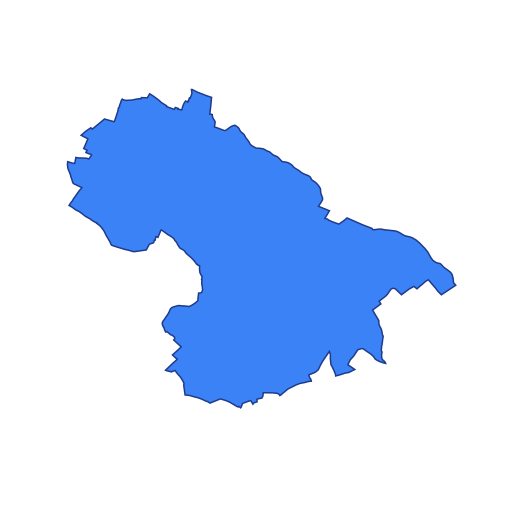 Craiesti, Mures, Romania, rotated 10°
{"feature_id": "2599482B4139853337190", "entity_name": "Craiesti", "entity_type": "district", "adm_level": 2, "iso_a3": "ROU", "parent_name": "Romania", "parent_adm1": "Mures", "projection": "equal_earth", "projection_center": [24.443, 46.747], "detail": "fine", "context": "isolated", "style": "filled", "palette": "blue", "viewbox_px": 512, "rotation_deg": 10, "n_neighbors": 0, "source": "geoboundaries", "source_scale": "gbopen_adm2", "svg_char_len": 6105}
<svg xmlns="http://www.w3.org/2000/svg" viewBox="0 0 512 512"><g transform="rotate(10 256 256)"><path d="M457.8,250.1L455.7,248.4L455.1,247.8L453.8,243.1L453.2,242.3L453.0,241.4L452.1,239.9L450.5,238.3L447.5,236.7L443.7,234.9L442.2,234.0L439.8,232.1L438.4,231.4L435.8,231.4L434.7,231.2L433.4,230.7L430.9,229.6L429.3,228.0L428.5,227.2L424.4,222.2L421.1,219.3L415.0,214.9L411.2,212.6L406.7,210.9L404.3,210.5L400.7,210.3L399.1,210.2L397.1,209.6L393.2,208.0L391.3,207.5L389.7,207.2L387.9,207.2L377.0,207.9L375.2,207.7L373.0,208.0L367.0,209.8L366.4,209.7L365.5,208.7L355.3,206.7L339.0,202.7L337.4,204.8L335.6,206.7L332.1,210.2L325.5,209.1L321.1,208.0L320.7,207.6L319.9,207.2L318.9,207.2L318.5,207.3L317.3,207.0L320.5,198.7L309.7,196.4L308.9,196.1L310.3,193.0L311.7,189.3L311.7,188.1L311.2,186.8L309.1,183.2L308.5,181.5L308.0,179.5L307.8,178.7L306.5,177.0L305.2,175.7L303.1,174.0L301.8,173.2L299.5,172.1L297.7,171.3L297.2,170.8L296.2,169.3L295.4,168.6L294.2,168.0L292.8,167.6L289.1,166.9L286.7,166.1L285.4,165.5L283.5,164.4L281.1,163.5L278.7,162.5L278.1,162.2L275.4,160.1L274.5,159.6L272.6,159.0L272.5,158.8L269.6,158.3L266.5,158.5L265.3,158.4L264.2,157.7L261.2,155.4L260.1,154.7L258.2,154.1L256.2,153.7L255.2,153.4L251.1,151.0L248.6,150.6L245.4,149.4L243.9,149.2L240.5,149.3L238.1,149.7L237.2,149.6L234.5,148.8L232.2,147.8L230.9,146.9L230.3,146.3L229.3,144.8L225.4,141.3L223.4,138.7L222.7,138.1L219.9,136.5L218.7,135.6L217.4,133.7L216.5,132.8L215.4,132.1L212.6,130.9L211.3,131.4L209.8,132.3L208.5,133.3L204.7,137.2L203.7,137.9L202.8,137.9L194.9,136.4L192.7,136.2L192.5,131.1L192.2,130.5L189.8,127.8L189.0,126.5L188.4,124.3L187.0,124.1L185.9,124.4L185.4,116.3L184.7,107.5L180.0,106.8L170.1,104.9L164.1,103.1L163.5,103.2L164.5,106.4L164.6,106.9L164.6,107.9L163.7,112.1L163.0,111.9L162.7,113.4L162.2,115.2L162.6,115.3L162.1,116.3L159.7,115.6L158.7,117.9L158.2,119.7L157.8,121.8L157.5,125.0L153.7,125.0L153.9,124.2L150.8,123.7L150.0,125.8L142.0,124.4L141.9,123.6L135.9,121.2L134.7,120.3L131.9,118.7L126.5,116.1L123.1,114.7L121.5,119.1L115.6,119.9L115.5,121.1L114.4,121.2L111.1,122.2L107.5,123.7L106.6,124.0L102.3,125.0L101.0,125.3L99.2,125.3L97.8,125.1L97.0,124.7L96.4,126.0L96.0,128.9L95.4,131.6L95.7,132.5L94.8,134.1L94.8,136.2L94.7,138.2L93.4,146.9L93.0,148.4L83.0,147.4L72.8,159.4L71.1,158.4L66.6,162.8L63.6,166.5L62.8,167.5L70.1,169.8L67.7,180.1L71.3,181.2L70.5,183.6L72.7,184.2L75.9,184.6L76.5,185.2L74.5,189.5L73.0,189.2L71.5,189.2L64.1,190.2L62.7,190.3L61.5,190.2L61.4,196.3L59.0,196.4L54.2,195.8L54.4,198.8L55.4,201.9L56.0,203.2L58.9,207.8L60.2,210.6L61.2,212.3L62.6,215.1L63.2,216.0L63.7,216.4L72.6,218.9L71.8,220.6L70.9,221.8L69.2,225.3L67.5,229.0L66.5,230.9L65.6,233.5L64.2,236.1L63.1,238.7L66.5,239.9L70.2,241.8L74.5,243.1L78.1,244.9L80.6,246.3L81.8,246.8L85.9,248.2L87.4,249.0L90.8,250.4L93.6,251.1L93.4,251.5L96.5,253.0L98.5,254.4L101.6,257.3L105.1,262.0L109.6,267.3L110.5,268.7L111.8,270.4L114.5,270.9L121.0,271.7L126.1,272.3L128.9,272.4L134.4,273.0L136.0,272.7L146.9,269.1L148.9,262.9L152.8,260.8L153.2,258.0L153.9,258.0L154.0,254.3L156.2,254.7L157.9,246.9L158.3,246.8L160.8,247.9L165.4,250.2L168.4,251.3L170.2,252.1L172.1,253.2L173.6,255.0L175.3,256.2L176.1,257.2L176.5,258.0L179.2,260.9L179.8,261.4L180.4,261.7L183.4,262.7L184.2,263.1L185.7,264.3L186.0,264.9L186.5,265.3L188.1,266.4L192.1,268.7L195.1,270.8L196.3,271.8L199.1,274.5L199.4,274.4L201.0,275.4L201.6,275.2L202.2,275.5L202.4,275.9L202.3,276.4L202.6,278.5L203.2,280.8L203.5,281.8L204.6,283.5L206.5,285.8L206.4,286.0L206.7,287.0L206.6,287.8L206.4,288.3L206.5,288.7L207.0,289.0L207.0,290.3L207.5,293.0L207.8,294.1L208.4,295.2L208.6,296.2L209.3,298.7L208.9,301.1L208.1,301.8L207.6,302.1L205.9,302.4L206.2,307.9L206.4,308.4L206.4,309.0L206.4,310.2L206.2,310.6L203.8,313.3L201.7,315.3L199.1,317.3L194.2,317.6L191.4,318.0L189.0,318.1L187.5,318.5L184.1,320.2L182.8,320.9L181.9,321.6L181.0,322.9L180.7,323.6L180.2,326.0L179.3,328.7L177.7,332.1L176.7,334.6L176.0,335.7L175.6,336.8L175.3,338.2L175.4,339.0L175.7,339.7L176.5,341.2L177.5,342.4L178.2,343.1L178.7,344.6L180.3,346.6L181.3,345.9L185.9,348.5L187.2,348.5L189.8,350.1L190.3,351.1L190.1,352.0L189.5,353.0L198.1,358.5L193.1,365.2L190.9,367.9L194.4,370.3L196.3,371.1L195.4,372.7L193.1,375.5L186.7,384.2L187.8,384.5L193.1,384.8L193.3,384.5L193.7,384.1L194.9,383.6L196.1,382.8L199.3,385.8L202.6,388.3L206.2,392.4L207.2,394.0L207.3,394.7L207.2,395.6L210.3,405.2L213.4,404.9L215.0,404.9L220.4,405.5L222.6,405.6L225.0,405.9L227.8,406.5L232.3,407.7L233.8,407.8L236.2,408.9L245.1,403.3L246.0,402.9L251.4,403.6L255.5,404.5L262.8,407.3L264.6,407.8L265.2,407.1L267.2,408.2L267.7,407.2L267.9,406.1L268.1,404.8L268.4,403.7L268.9,403.2L273.0,400.8L275.9,399.3L278.7,402.5L279.4,401.2L279.8,400.8L280.2,400.5L282.2,399.6L282.4,399.4L281.8,396.8L286.4,394.9L287.0,393.3L287.1,392.3L286.9,389.4L296.2,387.9L300.8,387.6L302.0,387.9L303.0,388.5L303.7,389.3L304.7,388.5L306.4,386.3L310.6,381.4L317.7,376.1L321.2,374.0L323.1,373.2L326.3,372.0L328.1,371.1L330.2,370.2L332.2,369.7L331.6,368.3L331.0,367.4L330.5,367.1L329.8,366.2L328.6,363.9L333.4,361.0L335.4,359.3L337.1,357.2L338.5,352.1L339.9,348.1L344.8,337.2L346.2,339.6L346.8,342.3L347.0,344.2L348.8,350.2L349.9,351.4L352.7,355.3L354.8,358.7L355.3,360.3L359.8,358.2L364.0,355.9L367.6,354.6L373.0,350.6L365.4,347.1L366.8,342.0L369.6,337.5L372.6,330.6L375.4,329.2L376.3,328.9L377.1,328.7L377.7,328.8L380.6,330.2L385.8,332.5L387.9,333.7L389.4,334.8L390.0,335.4L390.9,336.5L392.1,337.2L395.9,338.5L396.6,338.5L399.7,339.1L402.3,339.3L401.9,338.5L400.9,337.5L398.6,336.1L398.0,335.4L397.5,334.5L396.8,331.4L396.8,330.2L396.9,329.4L396.8,328.8L396.6,328.3L396.2,328.0L395.8,327.4L395.4,323.3L395.5,320.8L395.2,315.2L395.2,312.8L394.5,312.2L393.6,310.2L393.2,308.7L392.6,307.3L391.2,305.0L390.4,304.2L388.9,301.8L388.1,298.2L380.2,289.0L387.3,281.5L385.1,279.1L390.4,273.3L391.2,272.2L392.3,270.5L393.5,267.7L394.8,265.1L396.6,263.9L398.9,264.1L406.0,268.9L412.5,262.0L416.8,258.5L420.2,260.4L422.4,257.6L424.4,255.3L427.7,251.2L429.9,249.5L439.0,257.0L440.2,258.2L441.6,259.4L445.3,262.0L457.8,250.1Z" fill="#3b82f6" stroke="#1e3a8a" stroke-width="1.5"/></g></svg>